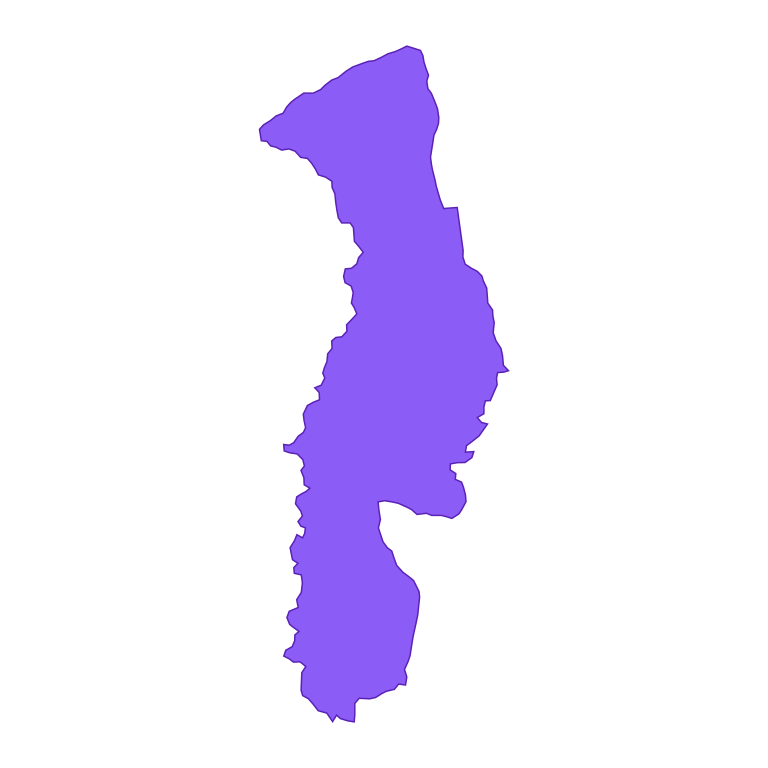 outline of Professor Jamil, Goiás, Brazil
{"feature_id": "56859067B81841730871776", "entity_name": "Professor Jamil", "entity_type": "district", "adm_level": 2, "iso_a3": "BRA", "parent_name": "Brazil", "parent_adm1": "Goiás", "projection": "orthographic", "projection_center": [-49.253, -17.277], "detail": "fine", "context": "isolated", "style": "filled", "palette": "violet", "viewbox_px": 768, "rotation_deg": 0, "n_neighbors": 0, "source": "geoboundaries", "source_scale": "gbopen_adm2", "svg_char_len": 3239}
<svg xmlns="http://www.w3.org/2000/svg" viewBox="0 0 768 768"><path d="M290.1,547.7L292.5,559.7L297.9,563.3L293.8,567.6L294.3,573.3L301.3,574.9L302.4,582.9L301.3,592.4L296.7,599.7L298.2,607.5L289.2,611.3L286.9,617.6L289.7,624.4L293.4,627.4L299.0,631.4L294.9,634.9L294.7,640.7L292.2,646.7L285.8,650.2L283.8,656.1L289.4,658.9L293.4,662.1L300.0,661.8L305.8,666.5L301.8,672.7L301.1,690.2L302.7,695.6L308.4,698.7L313.0,704.0L318.2,710.7L326.8,713.1L332.6,721.6L336.6,715.1L340.4,718.6L347.7,720.8L354.2,721.9L354.8,714.5L354.8,703.4L359.2,698.3L369.7,698.8L375.6,697.5L381.6,693.7L386.0,691.4L394.4,689.3L398.6,684.1L405.5,685.0L406.8,677.0L404.5,669.4L407.9,661.9L410.0,655.9L413.0,636.9L416.3,621.9L417.7,615.1L419.6,597.1L419.0,591.5L413.6,580.6L408.1,576.1L402.9,572.3L396.7,565.4L394.3,558.9L391.8,551.1L387.4,547.8L383.0,541.8L378.4,527.9L380.4,519.5L378.9,510.0L378.1,501.9L384.5,500.7L392.0,501.9L398.3,503.3L406.6,507.0L411.5,509.5L417.0,514.4L426.5,513.3L431.7,515.4L441.3,515.4L446.2,516.6L451.9,518.4L458.9,513.9L461.7,509.7L466.0,501.6L465.5,495.3L463.5,487.3L461.5,482.1L455.3,479.4L455.8,473.6L450.1,469.8L450.4,463.9L457.1,462.7L465.0,462.5L471.9,457.6L473.8,451.6L465.4,452.2L466.5,445.7L471.9,441.6L479.1,435.9L487.5,424.0L481.5,422.5L477.3,417.5L483.9,413.7L483.9,406.9L485.4,400.8L490.3,400.6L494.0,392.0L497.1,384.9L496.5,378.3L497.6,372.6L503.8,372.1L508.5,370.7L503.4,365.3L502.5,355.5L501.0,348.5L496.0,340.8L493.2,332.7L494.2,322.6L492.9,316.2L492.5,309.9L487.8,303.1L486.7,288.1L483.3,280.8L481.9,276.0L477.2,271.3L471.5,268.3L465.2,264.2L462.9,257.1L463.1,250.3L457.2,207.5L443.7,208.5L440.3,200.1L438.4,193.6L436.2,186.0L435.1,180.3L432.5,170.0L431.5,164.8L430.5,157.0L432.8,142.8L433.9,135.2L436.7,129.3L438.5,123.3L438.8,117.6L437.5,108.8L434.9,101.8L431.3,93.2L427.9,88.7L426.8,81.1L428.5,75.2L425.8,67.9L424.0,62.2L422.9,55.6L420.4,50.4L406.8,46.1L400.8,49.1L395.2,51.6L387.9,53.8L381.6,57.2L373.8,60.8L368.5,61.3L363.0,63.2L353.1,66.8L346.6,70.8L338.1,77.6L331.7,80.1L325.4,84.9L320.6,89.6L313.1,93.2L303.8,93.1L294.7,99.3L290.6,102.6L286.7,107.0L283.1,113.2L276.2,115.9L270.4,120.6L263.6,124.8L259.5,129.3L261.3,140.7L267.0,141.4L270.6,145.9L276.0,147.2L281.7,150.1L288.8,148.9L295.1,151.2L300.7,157.4L307.4,158.4L311.6,163.2L315.5,169.2L318.4,174.9L325.6,177.1L331.9,181.3L332.1,187.4L334.9,193.8L335.7,202.1L336.8,209.6L338.3,217.8L341.7,222.9L350.1,222.9L353.4,227.6L353.9,234.4L354.4,241.3L358.9,246.6L363.2,252.3L358.6,257.7L356.8,263.9L351.4,268.3L345.3,268.9L343.6,276.5L345.1,282.7L351.1,286.0L353.2,292.5L352.4,297.9L351.4,303.0L354.1,307.4L356.8,313.9L351.9,319.3L346.6,324.7L346.9,331.3L341.8,336.8L335.8,337.5L331.7,341.0L332.1,348.4L327.7,353.8L326.9,361.8L324.4,367.7L322.8,373.1L324.8,378.0L321.2,385.2L314.8,387.8L319.2,392.5L319.5,399.8L313.4,402.2L307.4,405.5L303.3,414.2L304.1,420.7L305.6,427.7L303.4,432.4L298.2,436.2L293.8,442.6L289.4,445.2L283.7,444.5L284.2,450.9L289.7,452.8L297.1,453.9L302.8,459.6L304.4,466.0L301.0,470.4L303.9,477.7L304.2,484.8L309.9,488.2L305.9,491.6L301.6,493.8L296.7,496.9L295.5,503.8L300.8,511.1L302.4,516.1L298.0,521.5L300.8,526.1L305.4,527.9L304.7,533.3L302.6,537.8L296.9,534.7L294.5,540.7L290.1,547.7Z" fill="#8b5cf6" stroke="#5b21b6" stroke-width="1.5"/></svg>